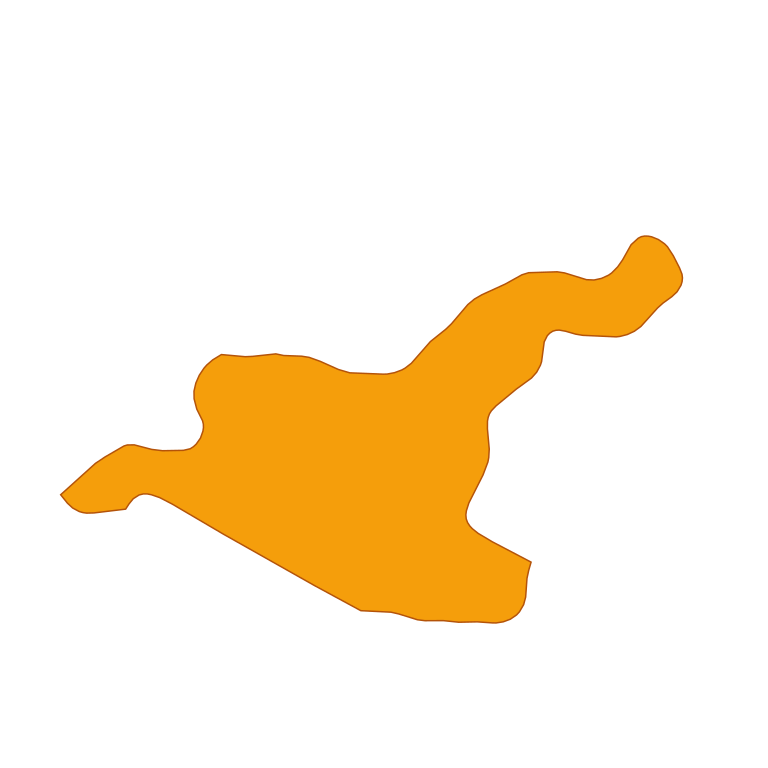 El Peñón, Barahona, Dominican Republic (Robinson projection), rotated 209°
{"feature_id": "3306468B33115506281893", "entity_name": "El Peñón", "entity_type": "district", "adm_level": 2, "iso_a3": "DOM", "parent_name": "Dominican Republic", "parent_adm1": "Barahona", "projection": "robinson", "projection_center": [-71.192, 18.291], "detail": "fine", "context": "isolated", "style": "filled", "palette": "amber", "viewbox_px": 768, "rotation_deg": 209, "n_neighbors": 0, "source": "geoboundaries", "source_scale": "gbopen_adm2", "svg_char_len": 2007}
<svg xmlns="http://www.w3.org/2000/svg" viewBox="0 0 768 768"><g transform="rotate(209 384 384)"><path d="M294.4,174.5L267.3,187.8L259.7,190.0L240.5,194.0L233.5,196.8L217.4,205.8L203.1,211.9L187.1,221.2L173.6,227.5L170.2,229.3L164.4,233.8L159.5,239.5L156.1,246.3L155.1,250.4L154.9,258.7L156.8,266.3L164.7,283.3L167.1,291.2L169.0,299.5L212.8,298.5L229.2,299.0L236.8,300.3L240.3,301.5L243.7,303.3L246.7,305.9L249.0,309.3L250.5,313.1L252.1,321.1L253.3,352.5L255.3,366.1L256.7,370.4L260.4,378.1L271.8,394.9L275.5,401.7L276.7,405.3L277.3,409.1L277.1,412.6L275.4,419.2L265.8,443.7L257.9,460.7L256.2,468.3L256.3,476.2L257.0,479.9L264.3,498.5L264.6,505.4L263.7,508.8L262.0,512.0L259.6,514.4L256.9,516.1L250.7,518.2L240.6,520.5L233.8,522.9L203.8,537.8L200.7,540.0L195.2,545.2L190.6,551.5L187.2,558.9L181.6,583.1L179.1,590.3L174.6,599.9L172.4,606.7L172.1,614.3L172.9,618.0L174.4,621.5L176.6,624.5L181.8,628.8L193.1,636.4L202.7,641.5L206.5,642.6L214.0,643.4L221.3,642.5L224.6,641.4L227.7,639.8L230.4,637.6L232.3,634.8L235.4,625.7L235.5,608.2L236.4,599.7L238.7,591.5L240.4,588.0L245.0,581.8L250.7,576.8L257.5,573.4L279.9,568.7L286.9,566.1L311.4,551.5L316.3,546.4L326.4,530.2L341.6,509.6L346.1,502.1L349.2,494.1L354.2,469.3L356.6,461.6L364.0,443.6L370.1,415.4L373.3,408.0L375.3,404.8L380.3,399.0L386.1,394.2L389.5,392.2L419.3,377.2L430.9,374.6L450.8,372.9L462.4,371.0L469.5,368.4L485.5,360.3L493.2,357.9L512.4,344.4L518.6,340.6L540.5,330.9L545.5,322.1L548.2,314.7L549.1,310.6L549.8,302.1L549.0,293.6L546.7,285.6L542.9,279.0L535.6,271.3L524.9,263.9L522.6,261.4L520.8,258.4L519.5,255.0L518.3,247.7L519.1,240.3L520.3,236.7L522.1,233.4L527.3,228.7L545.3,218.3L555.4,214.2L572.9,209.7L579.0,206.2L581.4,203.7L592.6,185.0L597.9,174.7L613.1,130.4L603.1,126.3L596.2,124.6L588.7,124.7L584.9,125.6L581.5,126.9L575.2,130.6L549.3,149.3L548.9,155.4L547.7,162.1L544.4,168.2L541.3,171.1L537.7,173.1L533.7,174.4L525.1,175.9L511.0,176.3L451.2,174.8L346.9,174.0L294.4,174.5Z" fill="#f59e0b" stroke="#b45309" stroke-width="1.5"/></g></svg>